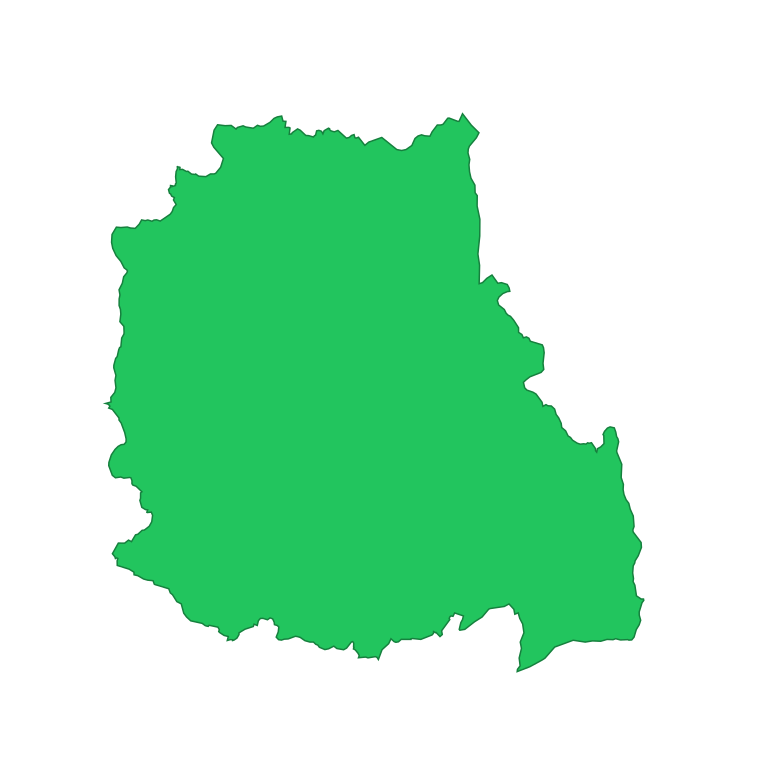 outline of Baita, Hunedoara, Romania, rotated 280°
{"feature_id": "2599482B49651116584259", "entity_name": "Baita", "entity_type": "district", "adm_level": 2, "iso_a3": "ROU", "parent_name": "Romania", "parent_adm1": "Hunedoara", "projection": "natural_earth1", "projection_center": [22.903, 46.027], "detail": "fine", "context": "isolated", "style": "filled", "palette": "green", "viewbox_px": 768, "rotation_deg": 280, "n_neighbors": 0, "source": "geoboundaries", "source_scale": "gbopen_adm2", "svg_char_len": 6153}
<svg xmlns="http://www.w3.org/2000/svg" viewBox="0 0 768 768"><g transform="rotate(280 384 384)"><path d="M663.8,414.4L655.7,412.3L655.5,410.9L657.2,401.9L656.8,400.6L650.1,397.1L649.0,395.2L648.3,391.5L640.7,387.6L636.0,386.2L635.5,381.0L635.9,377.7L634.1,374.4L631.2,371.9L623.7,370.0L618.7,365.0L617.0,360.8L617.1,355.9L626.4,339.0L619.6,327.0L615.7,323.7L622.6,316.0L621.3,313.8L621.5,312.6L624.4,311.2L623.1,308.8L620.8,307.0L619.6,304.3L625.7,294.6L623.8,291.5L623.8,290.0L624.1,287.8L625.3,285.9L626.0,286.0L626.3,284.9L623.1,281.1L619.7,280.4L622.0,278.6L622.5,275.8L621.6,273.7L617.1,273.4L616.5,272.4L615.0,271.7L615.5,266.6L615.2,263.8L619.4,257.4L620.2,254.6L615.6,250.0L614.3,249.6L613.5,247.3L619.8,247.0L620.2,245.8L619.5,242.0L625.6,241.8L625.3,238.9L630.1,236.7L628.5,232.5L626.5,229.6L621.9,226.3L617.1,220.6L616.3,217.4L616.8,214.5L613.2,210.9L613.1,203.1L613.8,200.4L611.2,195.1L609.4,194.0L612.1,188.6L610.8,182.7L610.4,175.1L604.5,172.6L591.5,172.3L587.6,175.3L578.2,186.7L569.1,185.5L562.3,181.7L561.4,180.3L560.7,176.6L557.3,172.6L556.5,165.4L558.1,162.1L557.6,161.7L557.3,158.0L559.5,153.9L559.0,152.5L560.4,148.3L559.7,145.6L561.9,145.5L562.1,144.2L561.5,143.2L562.8,142.6L560.0,143.2L557.2,142.4L551.9,142.8L545.9,144.5L544.5,143.8L543.8,144.2L543.1,143.9L541.7,141.1L542.4,141.1L542.4,139.3L540.7,139.5L538.1,138.0L534.6,139.6L534.1,140.9L532.2,142.2L531.2,145.2L528.7,144.7L524.6,148.2L521.2,146.1L517.2,145.5L514.1,144.0L505.6,135.3L506.2,131.6L505.5,129.0L504.0,127.3L504.5,122.9L503.4,120.5L503.5,116.8L498.9,115.2L494.1,112.0L493.6,107.3L494.0,103.9L492.4,97.7L492.0,93.2L484.1,90.2L476.2,91.1L470.5,93.3L463.9,97.9L459.1,103.5L453.2,108.0L451.8,110.8L450.8,111.7L448.9,111.5L444.4,109.0L437.8,108.8L430.8,106.7L425.8,108.5L421.8,108.4L415.3,109.5L411.7,111.5L407.1,112.7L399.5,113.1L395.6,117.8L389.5,119.1L388.0,119.2L383.7,117.7L374.9,118.4L374.0,117.3L371.7,116.8L364.7,116.5L362.6,115.3L355.6,114.7L353.0,115.1L345.9,118.5L340.9,118.5L333.7,120.7L328.9,120.3L323.4,117.3L318.9,118.3L316.5,113.2L316.3,115.4L315.3,117.3L314.5,117.9L312.5,117.1L311.8,120.9L304.5,128.9L302.5,129.3L300.0,131.9L291.1,137.1L285.1,139.6L282.1,140.0L279.5,138.6L278.6,135.7L276.4,133.0L272.9,130.5L266.9,127.8L259.0,126.7L255.8,127.1L246.9,132.3L245.0,135.8L246.7,140.9L246.1,144.2L247.8,149.8L247.6,151.1L245.0,152.6L242.0,153.1L240.8,154.3L240.3,157.6L235.8,164.3L234.5,163.2L229.2,164.1L227.0,163.8L220.5,166.9L218.9,170.9L219.0,173.1L216.5,172.7L216.3,173.2L217.4,177.1L214.5,178.9L208.0,179.2L203.1,177.5L198.5,173.3L197.9,171.2L193.3,167.7L192.3,165.5L184.9,162.7L185.9,159.5L182.2,156.2L181.2,150.0L169.7,146.0L167.1,149.0L165.5,149.8L166.3,150.8L166.0,152.2L163.5,151.9L159.0,152.8L157.4,165.1L155.3,170.4L152.7,171.0L152.5,174.8L150.2,181.1L149.8,185.4L150.2,190.7L146.9,192.6L146.7,193.5L145.0,207.6L141.2,209.8L139.8,212.3L133.7,217.8L132.3,222.5L123.5,226.6L120.3,230.0L117.2,234.8L116.7,246.5L115.0,249.9L114.8,251.7L114.8,253.0L115.9,253.5L116.0,254.4L115.7,262.7L113.4,264.5L111.5,264.2L110.7,265.3L108.6,270.2L108.3,274.5L104.2,274.2L105.6,277.1L105.8,279.4L105.1,279.5L105.7,280.7L108.2,283.3L112.0,284.7L113.7,284.4L115.6,286.5L118.4,289.7L122.5,297.4L124.9,297.7L124.2,301.1L129.1,301.4L131.7,303.0L132.2,305.6L131.6,310.2L133.9,312.4L133.4,315.1L130.4,317.2L128.0,317.9L127.6,320.9L126.4,322.6L121.4,322.9L116.0,321.8L113.9,324.6L114.0,327.5L115.4,330.1L116.3,333.9L120.2,340.6L120.2,342.9L119.9,345.5L117.5,350.7L117.0,355.8L117.6,359.4L115.8,362.0L115.4,364.1L113.5,366.1L112.2,371.9L113.6,375.4L117.1,380.1L115.3,383.5L115.3,390.4L117.4,393.0L124.3,396.7L124.9,397.9L123.5,399.2L119.7,399.7L119.5,400.2L117.8,399.9L117.2,401.8L114.3,405.2L112.1,406.8L110.0,406.4L111.9,413.4L111.5,415.7L114.0,422.9L113.6,424.6L111.7,426.3L122.0,428.2L129.1,433.7L134.3,435.1L132.0,438.8L131.7,440.5L132.6,443.0L135.5,445.3L137.2,454.9L137.8,454.8L138.3,456.2L138.9,464.6L145.2,474.9L147.0,476.0L148.8,475.8L148.0,478.2L148.3,478.5L145.0,483.0L147.4,484.9L151.0,483.6L163.4,489.7L164.4,488.9L166.4,489.4L167.2,490.3L167.2,492.3L170.8,493.3L169.4,502.5L165.5,502.2L162.3,501.1L155.4,500.7L154.7,501.4L156.4,506.2L165.6,514.5L171.6,521.1L180.4,526.2L181.3,527.5L185.8,541.1L189.1,545.3L184.7,551.0L180.0,552.8L181.9,555.9L176.7,558.4L171.8,562.2L163.3,565.0L153.5,563.0L147.5,565.3L137.6,564.7L130.1,567.0L126.2,565.0L123.9,565.1L130.9,576.7L139.6,587.6L141.9,590.1L154.6,597.8L164.5,614.8L164.8,627.0L167.2,633.9L168.3,642.1L171.2,648.0L172.0,654.0L173.4,656.4L173.0,661.3L174.6,668.5L174.3,669.6L175.0,672.4L178.1,674.2L186.0,675.1L191.1,677.1L195.9,677.8L200.7,675.5L203.9,674.9L213.5,676.1L216.0,677.4L217.3,676.9L216.9,674.6L219.2,669.4L229.4,666.0L232.7,663.6L235.7,663.5L241.1,661.7L248.2,661.0L251.2,662.0L253.5,662.0L259.0,664.2L267.8,665.9L272.6,664.7L281.5,655.1L283.5,654.4L287.1,655.0L297.3,652.4L303.5,648.2L309.0,645.8L312.1,642.5L316.9,639.5L321.6,637.8L326.7,637.2L333.1,633.8L346.2,632.1L357.1,625.2L358.6,624.7L367.8,625.1L370.8,623.8L372.6,622.2L376.9,620.6L380.8,618.4L381.0,614.1L379.4,611.7L375.7,609.4L372.2,608.5L371.4,609.4L363.5,611.0L359.7,608.4L357.4,605.5L353.8,605.3L355.0,603.9L357.1,603.5L362.2,598.5L361.2,596.1L361.5,594.9L359.9,593.3L359.8,591.0L358.8,587.7L359.3,584.5L361.4,579.4L363.7,577.0L364.8,574.3L369.4,571.0L372.0,566.6L376.1,565.3L381.0,561.9L383.9,558.8L388.9,556.4L391.4,552.6L391.0,549.2L391.8,547.1L389.6,544.4L393.5,542.8L400.5,535.5L401.8,532.1L402.8,525.8L404.7,523.2L409.9,521.0L412.6,523.0L416.4,526.4L422.7,536.7L426.1,538.8L432.0,537.0L442.6,536.3L447.4,534.8L450.0,533.1L451.5,520.7L454.2,518.8L455.1,516.1L453.7,513.2L456.7,511.2L458.2,507.6L462.8,506.7L469.3,500.7L472.6,496.8L473.3,494.3L474.9,492.0L478.2,489.6L481.7,483.2L485.9,481.1L489.6,482.1L493.7,485.3L496.4,489.4L497.1,491.8L500.2,490.6L503.4,488.1L504.2,482.1L503.0,478.6L510.1,471.4L505.9,466.9L500.9,463.4L499.3,460.3L517.5,457.5L528.3,453.9L546.3,452.6L562.9,449.8L575.4,444.8L585.7,443.1L588.2,440.5L595.6,439.0L601.8,433.9L607.8,431.4L614.6,429.6L620.1,429.4L626.1,426.6L630.0,426.2L633.1,426.8L642.5,432.2L647.9,433.9L654.1,425.0L663.8,414.4Z" fill="#22c55e" stroke="#15803d" stroke-width="1.5"/></g></svg>